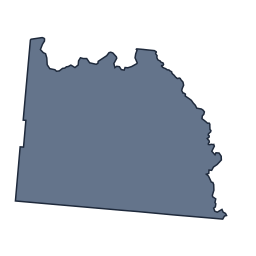 Okanogan, Washington, United States of America, rotated 185°
{"feature_id": "52423323B51466238870881", "entity_name": "Okanogan", "entity_type": "district", "adm_level": 2, "iso_a3": "USA", "parent_name": "United States of America", "parent_adm1": "Washington", "projection": "mercator", "projection_center": [-120.099, 48.471], "detail": "fine", "context": "isolated", "style": "filled", "palette": "slate", "viewbox_px": 256, "rotation_deg": 185, "n_neighbors": 0, "source": "geoboundaries", "source_scale": "gbopen_adm2", "svg_char_len": 2468}
<svg xmlns="http://www.w3.org/2000/svg" viewBox="0 0 256 256"><g transform="rotate(185 128 128)"><path d="M127.0,207.6L125.8,206.1L126.8,202.5L127.1,198.5L124.5,193.7L124.8,192.9L129.8,189.5L133.4,188.0L136.2,188.0L136.9,185.3L139.8,185.6L141.9,188.3L144.6,188.5L146.3,187.0L147.7,191.0L145.3,196.5L145.8,197.9L149.6,201.4L151.8,202.0L153.5,201.4L155.5,198.2L163.5,191.8L163.6,189.9L165.2,188.7L171.9,189.6L175.2,193.6L178.7,193.3L181.5,193.8L183.1,190.6L183.1,186.5L186.1,183.6L190.4,185.7L192.9,184.0L194.7,183.6L196.3,182.1L198.4,181.7L201.4,178.9L204.2,178.3L205.9,179.7L211.1,180.3L214.0,184.0L215.0,190.7L216.6,194.8L219.0,195.7L222.1,198.5L220.5,204.0L218.8,207.3L218.9,209.5L219.7,210.2L221.4,210.6L232.3,208.0L232.9,207.1L233.1,126.7L230.4,126.7L230.4,99.9L233.8,99.8L233.8,45.5L203.3,45.5L202.8,45.5L172.7,45.5L169.7,45.5L144.5,45.5L144.4,45.5L126.4,45.5L113.5,45.6L110.0,45.6L74.8,45.4L39.6,45.5L25.7,45.5L24.2,48.7L22.2,49.4L23.4,51.4L25.9,52.5L27.3,55.1L31.8,51.9L34.3,52.7L35.7,55.6L34.1,57.0L33.9,60.2L34.9,61.3L34.4,65.0L37.7,66.9L38.1,68.3L37.0,73.5L37.7,79.1L38.7,81.1L40.3,81.4L43.6,87.1L45.9,88.8L43.6,89.8L43.6,93.2L41.0,93.1L39.4,96.6L36.0,99.4L32.2,104.3L32.7,108.0L35.1,111.0L38.2,111.0L39.0,108.9L42.5,112.1L40.4,117.4L41.1,119.0L41.2,118.9L43.7,119.0L45.2,118.5L46.5,118.6L46.6,119.6L45.8,121.0L45.9,122.0L46.6,123.0L47.4,123.4L48.2,124.5L47.0,125.3L46.3,126.2L46.6,127.5L47.5,128.0L47.4,129.1L46.2,130.5L45.3,131.4L45.2,132.8L46.2,133.6L46.7,137.5L46.8,138.9L47.5,139.9L49.2,139.7L51.2,141.2L53.3,142.6L55.1,143.7L55.0,146.6L53.7,148.2L53.3,150.7L54.6,152.2L56.5,153.3L59.6,153.6L61.3,153.8L62.9,156.5L65.2,158.6L67.3,161.1L69.9,162.7L73.7,164.8L73.8,166.8L75.5,167.7L76.2,167.6L77.8,170.1L77.3,172.5L76.3,175.5L77.2,178.5L79.7,180.9L80.2,181.8L80.9,182.2L82.3,181.9L82.7,181.6L83.7,181.8L84.1,182.3L84.8,182.6L85.4,183.2L86.5,184.4L87.4,185.1L88.3,185.7L89.2,186.8L89.3,187.6L90.4,188.3L91.1,188.5L92.3,189.4L94.1,189.4L94.7,189.9L96.5,190.7L97.2,190.8L98.1,191.2L98.8,191.4L99.7,192.4L100.0,192.7L99.9,193.1L99.3,193.1L98.8,193.2L98.4,193.7L98.1,194.5L98.8,195.9L100.6,196.4L101.2,196.8L101.8,197.6L102.7,197.9L103.3,198.1L104.2,198.6L104.7,199.4L105.2,200.3L105.5,201.4L105.4,201.8L105.3,202.5L106.2,203.6L106.7,204.1L107.0,204.9L106.8,205.4L106.4,205.9L106.6,206.5L106.9,206.6L107.7,207.0L108.5,207.4L115.7,207.5L119.6,207.6L121.7,207.6L124.7,207.6L126.8,207.5L127.0,207.6Z" fill="#64748b" stroke="#1e293b" stroke-width="1.5"/></g></svg>